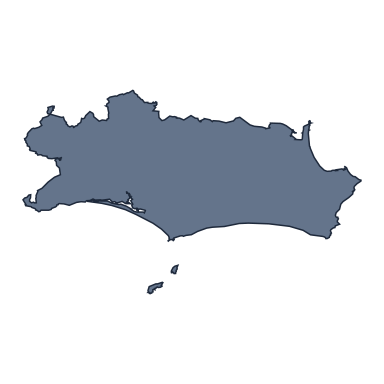 Rosslare Lea-5, Wexford, Ireland
{"feature_id": "5873133B47995310482599", "entity_name": "Rosslare Lea-5", "entity_type": "district", "adm_level": 2, "iso_a3": "IRL", "parent_name": "Ireland", "parent_adm1": "Wexford", "projection": "equal_earth", "projection_center": [-6.602, 52.227], "detail": "fine", "context": "isolated", "style": "filled", "palette": "slate", "viewbox_px": 384, "rotation_deg": 0, "n_neighbors": 0, "source": "geoboundaries", "source_scale": "gbopen_adm2", "svg_char_len": 5955}
<svg xmlns="http://www.w3.org/2000/svg" viewBox="0 0 384 384"><path d="M132.8,90.4L128.6,92.9L127.3,92.8L123.5,94.6L122.7,94.0L119.4,94.7L116.8,96.2L115.3,96.0L110.1,97.1L107.3,99.1L108.9,101.0L109.0,102.5L106.9,104.0L106.5,105.9L105.9,106.0L108.0,107.2L107.9,108.6L108.8,113.1L108.4,114.2L108.6,118.5L107.2,119.0L106.6,120.5L102.2,120.0L99.2,121.2L93.7,116.7L93.5,114.5L92.8,113.3L89.9,111.6L85.7,115.6L84.5,118.2L82.9,118.8L81.6,118.4L80.9,122.0L79.6,123.3L78.1,124.0L77.4,125.5L75.3,126.1L73.3,127.9L73.7,127.1L73.2,126.3L72.0,125.9L69.9,126.9L67.7,125.7L67.4,124.6L66.2,123.9L66.4,122.3L65.6,121.9L64.3,119.9L63.4,117.1L61.5,117.4L50.2,114.2L47.8,116.3L42.6,118.1L42.1,119.6L40.0,121.9L41.8,125.4L39.0,127.2L34.6,128.6L33.7,128.2L32.0,128.7L28.3,132.5L27.3,134.2L27.6,135.1L26.8,136.8L25.5,138.5L24.6,138.6L25.0,140.2L25.9,140.9L25.9,142.3L27.3,144.1L27.3,145.9L29.2,146.5L30.2,149.0L29.6,149.5L30.0,150.4L36.0,151.8L36.2,152.3L35.7,153.3L37.3,153.9L37.8,155.1L40.0,154.7L41.6,154.9L42.4,155.7L47.1,156.3L47.2,157.5L48.4,158.4L52.0,158.7L57.5,157.8L59.1,158.7L60.0,160.0L60.6,159.1L60.1,158.1L62.0,157.4L60.5,158.1L60.9,158.8L60.6,160.0L59.6,160.2L58.9,158.9L57.3,158.5L55.4,159.3L55.0,160.5L56.2,161.5L56.6,165.4L59.4,168.0L60.4,174.7L54.5,177.2L48.1,182.1L42.0,188.3L37.7,190.5L38.0,190.8L37.4,192.5L36.1,195.4L36.2,197.4L35.8,198.2L36.3,202.8L34.4,202.9L33.6,202.2L31.4,202.8L29.6,201.3L29.6,199.5L30.5,197.9L30.7,194.7L28.8,195.1L27.0,197.3L24.7,198.0L23.0,199.8L26.2,205.0L25.4,204.9L25.7,205.7L31.2,206.7L31.7,207.4L35.0,208.6L35.8,209.5L35.7,210.0L37.4,210.6L38.6,211.7L39.9,211.5L41.0,210.2L48.7,210.2L51.1,209.5L51.7,208.4L55.6,206.9L56.7,205.9L56.8,205.0L58.2,204.7L58.4,203.9L59.3,203.6L63.9,203.9L69.3,205.3L76.5,202.4L81.1,201.7L85.3,202.0L86.6,200.7L90.0,200.5L93.0,199.0L95.3,200.1L100.4,199.8L101.8,200.2L109.6,199.2L112.5,202.0L114.8,201.6L115.7,202.5L117.5,202.8L122.1,201.4L125.7,203.6L130.4,203.7L128.4,202.2L127.6,202.7L126.6,202.1L128.5,200.3L128.0,199.6L129.8,198.2L129.7,196.2L130.1,196.1L129.1,195.8L128.7,193.6L126.8,193.3L126.4,191.4L127.3,192.5L127.2,193.1L129.3,193.5L129.9,194.7L129.3,195.6L130.8,196.3L131.5,198.5L132.5,199.2L130.8,200.7L132.8,204.2L131.8,205.2L132.6,207.7L134.6,208.7L137.0,208.2L138.3,209.3L140.3,209.0L145.2,210.3L145.4,210.6L144.3,212.9L143.4,212.1L137.3,212.1L134.1,211.4L130.9,209.2L131.3,209.0L126.3,206.2L120.9,204.2L118.7,204.5L112.2,203.3L107.7,201.1L98.8,200.9L98.0,201.6L93.8,200.8L92.4,199.9L90.4,201.2L87.0,201.3L101.7,203.3L111.9,205.5L125.5,209.7L135.9,214.4L153.0,223.2L161.6,229.2L168.3,235.6L169.2,237.4L168.8,238.5L168.9,238.4L169.5,238.1L169.1,238.3L169.7,239.2L168.1,240.8L168.3,241.1L169.9,239.8L171.5,239.6L172.5,239.6L173.1,240.5L174.0,240.7L173.2,240.4L172.7,239.3L173.7,238.7L174.3,240.3L173.9,238.0L180.3,235.9L182.3,235.7L183.4,236.3L185.9,235.4L191.4,234.7L197.6,231.4L206.7,228.1L212.5,227.2L224.3,226.5L239.2,223.5L248.4,223.1L268.8,223.8L289.5,226.3L303.1,230.3L310.5,234.8L322.7,236.4L324.4,236.9L325.5,237.7L325.9,238.6L327.3,238.5L329.3,237.4L329.5,236.3L330.8,234.8L330.4,234.1L331.4,233.1L330.4,230.8L330.9,229.6L333.5,227.8L334.9,227.6L335.3,225.9L339.6,224.2L337.3,221.9L337.4,220.6L338.4,218.8L337.7,217.5L338.1,216.6L337.5,217.6L336.7,217.4L335.8,216.6L335.4,215.2L336.2,212.6L339.5,209.3L340.8,204.2L343.0,201.6L348.7,197.6L352.7,194.0L352.9,192.3L354.1,190.7L353.4,190.8L354.7,189.6L353.9,187.9L354.4,186.3L357.0,183.7L360.9,181.1L361.0,180.2L358.8,179.5L355.2,176.7L353.1,176.4L350.5,174.4L348.0,171.1L346.5,167.7L344.3,166.2L346.5,168.3L345.2,169.4L343.7,167.9L345.0,169.4L343.7,170.1L342.1,168.9L335.3,169.9L336.9,169.9L336.6,170.1L337.1,170.5L335.2,170.7L334.9,170.2L332.2,170.4L331.1,171.1L327.1,171.3L324.3,170.3L319.8,166.1L314.1,157.4L310.1,147.9L310.1,147.0L309.5,146.3L308.3,133.4L308.6,130.6L309.4,130.1L308.6,129.8L309.2,127.9L309.0,126.7L309.8,125.5L309.5,125.2L310.2,123.3L311.2,123.0L310.1,122.7L310.2,121.1L309.4,120.8L308.7,121.9L309.1,122.5L308.7,124.2L304.4,126.1L303.5,127.0L303.5,129.5L302.8,132.6L302.1,133.0L302.7,133.3L302.3,138.9L302.0,139.6L300.7,139.8L295.4,139.5L295.9,139.1L292.1,136.0L290.7,136.3L290.4,135.8L290.8,135.6L292.0,132.4L292.7,131.8L291.7,130.3L293.0,131.5L292.0,132.6L291.1,135.6L292.1,132.6L292.9,132.0L294.6,133.0L296.8,132.8L295.1,132.7L293.4,131.0L293.2,130.0L291.5,129.6L286.2,125.7L282.7,124.0L280.4,123.4L270.4,123.1L270.4,124.2L269.5,124.9L268.9,126.3L269.1,127.1L269.8,127.4L269.8,127.9L265.7,128.7L265.5,128.1L261.9,127.0L254.3,126.3L250.0,124.9L239.8,117.3L235.8,118.3L233.5,120.9L226.0,122.8L219.0,121.1L213.1,120.7L212.3,121.6L210.0,119.8L204.3,118.6L204.3,119.0L200.8,120.6L201.1,121.6L200.6,121.8L199.8,121.6L198.2,119.8L197.8,118.4L195.3,118.2L191.0,115.6L183.8,120.0L179.7,118.2L177.2,117.9L177.0,118.2L176.3,117.9L176.5,117.2L174.6,116.6L172.7,116.8L169.8,116.1L164.6,119.9L161.9,120.6L159.0,117.6L158.6,113.0L158.8,111.4L153.0,110.8L155.7,107.4L154.1,106.0L156.3,105.3L157.0,104.0L156.1,103.2L156.7,102.4L155.8,101.8L154.0,103.3L153.2,102.2L151.9,103.5L148.9,103.3L147.8,102.9L147.8,102.4L144.4,102.5L142.3,99.7L141.2,99.5L139.1,97.2L137.8,96.7L137.5,95.1L134.4,93.1L133.5,90.8L132.8,90.4ZM149.2,286.6L148.0,290.4L148.1,291.3L148.6,291.9L148.1,292.4L149.1,292.4L149.3,293.4L150.2,293.6L150.4,293.1L151.7,293.1L152.4,291.8L153.0,291.8L152.8,289.8L153.8,289.3L154.9,289.7L154.6,288.5L155.9,288.3L156.3,287.5L157.4,287.0L158.1,287.5L160.2,287.3L161.9,286.4L161.2,285.3L162.0,284.9L161.9,284.1L162.9,282.7L162.3,282.3L157.5,283.9L155.8,283.9L149.2,286.6ZM50.2,114.2L52.5,110.1L53.2,110.2L52.9,107.9L54.0,108.0L54.2,106.3L52.5,106.1L47.9,107.5L48.4,109.3L47.1,112.0L47.7,113.6L50.2,114.2ZM171.4,272.3L172.1,272.0L172.1,272.7L173.2,272.4L174.1,273.6L175.6,273.5L175.6,272.3L176.2,271.6L176.1,270.6L177.2,268.9L176.9,267.8L177.9,265.3L174.9,266.2L173.1,267.6L171.3,271.1L171.4,272.3ZM138.3,210.7L138.0,209.5L136.5,209.5L136.8,210.2L138.3,210.7Z" fill="#64748b" stroke="#1e293b" stroke-width="1.5"/></svg>